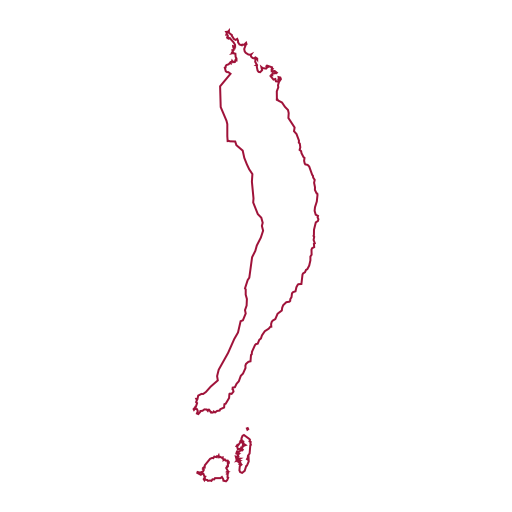 Davao Occidental, Davao del Sur, Philippines (Robinson projection)
{"feature_id": "2640588B86868332888935", "entity_name": "Davao Occidental", "entity_type": "district", "adm_level": 2, "iso_a3": "PHL", "parent_name": "Philippines", "parent_adm1": "Davao del Sur", "projection": "robinson", "projection_center": [125.486, 5.999], "detail": "fine", "context": "isolated", "style": "outline", "palette": "rose", "viewbox_px": 512, "rotation_deg": 0, "n_neighbors": 0, "source": "geoboundaries", "source_scale": "gbopen_adm2", "svg_char_len": 5969}
<svg xmlns="http://www.w3.org/2000/svg" viewBox="0 0 512 512"><path d="M230.5,73.8L220.1,86.3L220.7,107.1L226.5,120.8L227.3,124.1L227.3,136.1L227.7,142.1L227.6,140.5L230.0,141.3L235.2,141.5L236.4,145.2L242.7,150.6L244.3,157.9L246.8,164.2L249.2,169.3L252.4,174.1L251.9,181.7L253.5,198.4L253.2,202.5L257.8,214.1L261.3,217.7L262.7,222.8L261.9,225.9L263.1,230.7L260.8,237.7L256.8,245.5L255.3,250.9L252.1,257.2L249.3,277.7L247.7,280.0L245.0,288.4L245.7,289.4L245.7,294.7L246.9,299.0L246.6,305.6L245.0,310.1L245.7,313.5L242.9,320.3L240.6,321.2L238.0,332.5L234.2,339.1L228.1,352.9L218.7,369.7L217.1,376.1L217.8,380.4L210.7,386.6L205.9,392.0L203.1,394.0L201.5,393.9L198.2,395.6L197.5,398.9L196.3,398.9L196.9,400.2L196.1,402.1L197.1,403.1L195.8,406.9L195.4,406.9L195.4,408.1L194.6,408.0L193.6,409.1L194.0,409.9L194.9,408.8L197.0,409.2L197.8,411.1L196.9,413.5L198.3,414.1L200.2,411.9L200.4,411.0L202.5,410.8L204.4,409.4L206.6,409.5L207.8,410.9L208.4,409.7L209.1,409.7L210.9,412.4L211.4,412.1L212.0,412.7L213.7,412.2L213.8,411.6L215.1,412.4L217.1,410.9L219.6,410.6L220.3,409.2L224.1,407.5L224.4,404.2L225.7,403.7L229.1,398.0L229.4,394.0L229.9,393.6L231.6,393.9L233.5,391.6L233.1,389.8L232.5,389.3L232.7,387.6L234.9,387.2L236.6,383.7L238.8,381.3L240.8,375.8L243.0,373.6L245.5,368.0L245.4,365.6L246.0,363.9L248.4,361.8L250.5,361.3L251.0,355.0L251.7,354.4L252.0,351.7L255.0,345.1L255.9,344.1L257.7,343.7L259.3,339.8L260.9,338.5L262.0,335.3L264.8,331.2L268.7,328.7L270.3,326.8L271.3,326.7L271.1,324.1L271.7,321.9L272.7,320.6L275.3,319.1L277.6,313.7L281.8,310.5L282.2,307.7L283.2,305.2L286.3,302.2L289.4,301.7L290.2,300.9L290.3,299.1L291.5,297.2L292.0,293.3L293.1,292.1L295.5,291.3L296.4,287.2L297.6,285.0L298.3,284.2L301.4,284.0L302.5,274.6L303.0,273.5L305.0,272.2L306.0,269.9L307.3,269.2L309.2,265.6L310.4,260.4L310.4,256.5L311.6,254.7L311.5,249.6L312.1,248.2L314.2,247.1L313.9,243.8L314.8,243.3L313.6,239.9L314.2,236.8L313.5,235.9L313.9,235.2L314.0,229.7L315.8,222.4L317.9,221.0L318.4,219.2L317.6,217.4L318.0,215.9L315.7,214.7L314.6,210.8L315.0,207.2L316.8,201.5L317.5,194.9L317.3,193.6L316.6,193.4L314.9,189.9L315.0,187.3L314.1,182.8L314.7,179.9L313.2,177.6L312.9,175.7L312.2,174.9L309.2,166.5L307.6,164.9L305.3,164.4L304.7,163.4L304.1,160.8L304.5,157.9L303.5,157.1L301.5,153.2L301.1,151.1L299.6,149.9L300.3,147.3L299.8,143.6L298.8,142.6L299.0,140.7L296.5,134.0L294.0,131.2L294.6,127.5L288.4,118.0L288.7,113.1L288.0,110.0L284.9,106.8L282.0,102.5L278.1,100.5L277.3,99.1L277.0,99.3L277.4,99.8L276.9,99.8L276.8,91.3L278.3,87.3L278.0,85.2L279.0,81.9L280.9,79.1L280.3,77.5L278.6,77.1L279.0,78.9L278.3,79.4L278.6,80.7L277.9,81.6L275.9,81.3L275.3,79.0L273.5,79.6L270.6,76.1L271.6,75.6L271.5,75.1L272.3,75.2L272.2,74.0L272.9,73.1L274.0,73.5L275.1,72.8L276.0,73.3L276.8,72.7L274.7,71.0L271.7,71.3L271.6,69.7L272.7,68.8L271.8,68.1L272.0,67.3L267.0,65.6L266.7,65.9L267.5,67.0L266.8,67.1L267.1,67.5L266.1,68.6L262.6,68.1L261.4,67.1L262.1,70.2L260.1,72.2L258.6,71.9L257.6,70.6L256.8,66.9L257.0,65.3L256.4,65.2L256.9,64.9L255.2,61.8L255.5,59.4L256.9,58.7L257.2,59.2L257.2,58.6L255.4,57.4L254.2,58.4L252.6,58.0L251.1,56.6L250.7,55.2L251.3,54.3L250.3,54.8L248.3,54.5L245.7,52.8L244.7,51.4L244.2,49.0L245.9,44.5L246.5,44.1L246.1,42.8L244.0,44.8L242.3,44.6L241.9,45.3L239.5,44.5L238.1,42.4L238.0,40.7L237.2,38.9L235.7,39.9L234.0,39.1L231.8,35.7L231.9,35.1L228.8,32.7L228.9,30.7L228.0,31.7L226.2,31.9L226.9,33.0L226.3,34.7L227.2,34.7L227.8,35.6L227.8,36.8L227.1,37.3L227.5,38.2L228.6,38.0L228.9,38.6L229.8,38.1L233.6,42.4L235.1,44.9L235.1,46.7L233.1,46.1L233.2,47.1L234.4,48.6L233.7,48.9L233.6,50.0L232.4,50.2L232.9,51.8L232.1,52.4L232.5,52.9L232.1,53.3L233.0,53.1L233.5,52.1L233.3,53.3L235.4,53.7L235.6,56.9L236.4,58.3L235.9,59.1L236.5,59.4L236.5,60.6L235.2,60.7L234.9,62.0L234.0,62.2L232.9,61.5L232.7,61.8L232.1,60.9L231.9,61.6L230.7,62.0L230.8,63.4L229.8,63.0L228.6,64.3L226.5,65.0L225.6,66.3L225.6,67.5L224.8,67.8L225.8,71.3L227.0,72.1L228.3,72.1L230.5,73.8ZM218.7,455.6L218.2,456.6L217.1,456.2L216.8,457.2L214.3,456.6L213.3,458.2L212.2,457.9L210.1,458.8L204.8,465.3L204.7,467.3L204.1,467.1L203.3,467.8L203.7,468.2L202.9,469.0L203.8,469.9L203.0,471.5L200.0,472.6L197.6,472.0L197.3,472.9L200.8,474.8L202.5,473.6L203.4,473.8L204.4,476.4L205.2,476.6L203.7,479.1L204.4,480.2L205.0,479.0L205.2,479.7L207.3,480.0L207.9,480.8L210.3,480.5L211.4,480.9L212.5,479.3L214.2,479.4L215.0,478.1L220.5,478.1L221.9,477.0L223.3,479.4L223.4,480.7L226.0,481.3L227.2,480.1L228.2,477.7L227.5,477.2L227.7,474.2L227.1,473.9L228.0,473.0L227.3,472.2L227.9,471.9L227.2,471.7L227.9,471.1L226.2,468.0L227.5,466.8L227.1,466.3L228.0,465.9L227.8,463.2L228.7,463.2L228.9,462.1L228.3,461.3L227.6,461.4L227.5,460.6L225.6,460.6L224.8,459.4L223.7,460.0L223.8,459.5L222.7,458.6L222.7,457.4L221.7,457.7L220.3,456.9L219.1,457.3L218.7,455.6ZM243.9,435.0L242.6,435.7L241.5,438.3L241.5,439.8L240.9,440.5L241.6,440.5L241.4,441.2L242.8,441.8L243.7,440.7L243.2,441.8L243.8,442.2L244.0,442.1L243.4,442.5L243.2,443.5L245.6,445.1L244.8,445.4L245.0,445.9L244.4,445.4L243.0,446.6L242.7,445.9L243.2,444.7L242.2,442.4L242.8,442.6L240.6,441.9L237.9,445.6L237.3,445.0L236.5,446.2L237.1,446.4L237.8,449.1L240.6,448.8L241.2,447.6L242.8,449.7L242.0,450.5L240.7,450.1L239.5,451.5L237.0,451.4L236.7,452.3L237.6,452.8L236.7,452.8L236.4,453.5L238.5,454.2L237.8,454.8L238.4,456.4L237.6,456.9L235.8,456.5L236.3,458.4L239.9,458.6L238.7,459.2L239.7,460.2L239.3,460.5L237.5,459.0L236.6,459.1L236.5,459.8L237.8,459.9L236.9,460.8L238.3,460.5L238.4,461.1L239.8,461.1L239.0,461.7L239.9,461.9L240.1,462.3L239.8,462.1L239.0,462.4L240.4,463.6L240.2,464.1L239.8,463.9L239.6,464.1L241.2,464.8L239.8,466.1L239.4,470.3L240.1,472.0L242.1,472.9L244.7,470.8L246.2,466.0L246.9,465.7L248.7,461.5L248.6,458.2L247.6,459.5L247.0,459.1L247.7,458.0L248.0,455.7L249.6,453.5L250.3,445.2L250.9,444.8L250.4,443.3L250.7,442.0L249.5,441.4L250.0,439.9L249.4,439.0L243.9,435.0ZM247.7,428.1L246.9,428.4L247.4,429.7L248.2,429.1L247.7,428.1Z" fill="none" stroke="#9f1239" stroke-width="2"/></svg>